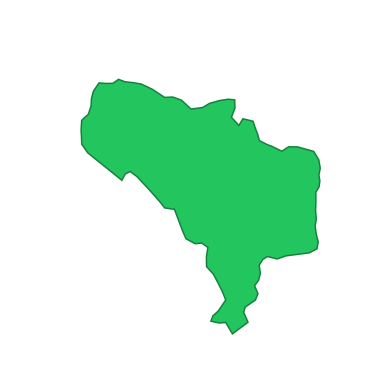 Laurentino, Santa Catarina, Brazil, rotated 301°
{"feature_id": "56859067B62662309079841", "entity_name": "Laurentino", "entity_type": "district", "adm_level": 2, "iso_a3": "BRA", "parent_name": "Brazil", "parent_adm1": "Santa Catarina", "projection": "equal_earth", "projection_center": [-49.737, -27.204], "detail": "fine", "context": "isolated", "style": "filled", "palette": "green", "viewbox_px": 384, "rotation_deg": 301, "n_neighbors": 0, "source": "geoboundaries", "source_scale": "gbopen_adm2", "svg_char_len": 1350}
<svg xmlns="http://www.w3.org/2000/svg" viewBox="0 0 384 384"><g transform="rotate(301 192 192)"><path d="M278.4,289.7L284.8,284.2L289.5,275.4L287.3,267.5L285.1,259.4L280.5,251.5L273.2,248.0L272.4,238.1L271.3,231.3L270.8,223.2L275.1,218.8L279.7,213.0L284.1,207.9L281.0,197.9L273.2,197.9L276.4,187.3L285.9,185.7L293.0,181.1L290.0,175.0L284.6,168.5L277.0,161.4L269.9,157.6L262.6,148.4L265.3,135.8L263.5,126.6L259.0,119.8L259.6,105.2L258.5,93.2L255.3,84.9L252.0,77.9L250.7,71.0L244.4,68.2L240.6,62.1L237.6,56.1L227.5,55.6L220.3,57.7L213.7,61.2L205.3,63.1L196.6,60.5L187.7,65.2L181.7,69.3L176.2,72.8L171.8,82.7L165.9,125.9L173.0,125.5L177.7,128.4L176.8,137.5L174.9,143.7L172.1,153.5L169.4,162.2L166.8,170.2L164.3,176.8L168.1,185.9L154.3,203.3L148.8,210.9L149.3,221.4L153.2,226.5L152.7,234.1L143.7,237.8L135.5,242.9L132.6,252.6L127.3,261.4L122.0,269.7L116.8,276.5L110.5,276.2L103.5,275.8L96.7,273.7L91.0,274.7L93.7,282.8L97.5,288.1L91.2,299.7L109.2,307.1L115.5,298.3L120.8,296.9L126.9,299.7L132.0,302.0L138.8,300.9L143.9,293.9L150.5,294.6L157.5,292.5L163.7,287.4L170.6,287.4L175.6,290.0L178.4,299.4L185.7,305.5L193.3,315.1L200.2,323.8L207.7,328.4L214.1,326.0L220.0,320.1L226.2,315.1L232.8,312.5L239.8,307.4L244.7,304.8L250.0,301.7L255.5,298.3L261.8,298.3L267.5,295.8L271.8,292.1L278.4,289.7Z" fill="#22c55e" stroke="#15803d" stroke-width="1.5"/></g></svg>